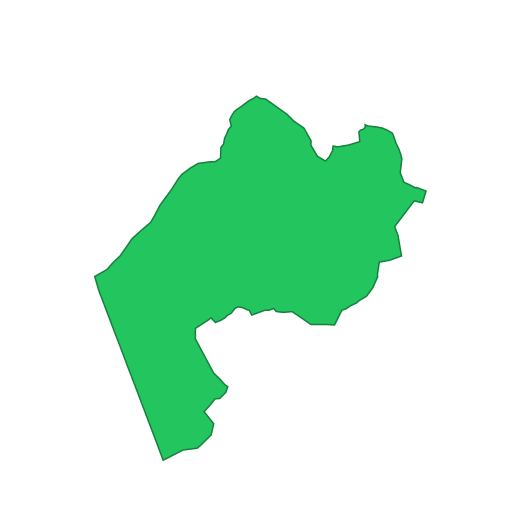 Mashi, Katsina, Nigeria, rotated 241°
{"feature_id": "59680162B19433829654146", "entity_name": "Mashi", "entity_type": "district", "adm_level": 2, "iso_a3": "NGA", "parent_name": "Nigeria", "parent_adm1": "Katsina", "projection": "albers", "projection_center": [7.993, 13.133], "detail": "fine", "context": "isolated", "style": "filled", "palette": "green", "viewbox_px": 512, "rotation_deg": 241, "n_neighbors": 0, "source": "geoboundaries", "source_scale": "gbopen_adm2", "svg_char_len": 1981}
<svg xmlns="http://www.w3.org/2000/svg" viewBox="0 0 512 512"><g transform="rotate(241 256 256)"><path d="M157.6,291.3L160.9,296.1L167.0,304.9L166.1,309.3L166.7,314.0L166.2,321.0L167.0,324.9L167.2,333.1L171.5,342.6L178.8,352.3L181.1,353.3L190.9,360.9L187.5,370.6L185.5,383.3L205.3,390.2L213.4,391.3L214.8,392.2L227.5,421.1L221.8,427.4L230.4,436.2L238.0,429.7L238.4,428.4L244.0,424.7L248.7,421.1L258.9,422.5L270.2,430.6L274.0,431.7L280.2,432.8L287.1,433.2L293.0,434.3L297.4,434.8L302.6,431.7L306.9,428.3L310.9,423.4L315.5,416.8L317.9,415.1L316.0,414.3L314.8,411.9L315.4,408.3L314.7,406.2L309.7,404.0L305.7,402.2L308.2,390.7L311.5,381.4L312.4,379.7L314.8,376.8L311.0,373.9L307.2,368.2L305.4,362.8L313.4,358.1L320.0,357.9L326.3,357.7L330.0,360.0L344.8,359.9L355.8,354.4L364.7,351.9L388.5,340.6L391.8,336.1L395.6,333.8L395.0,330.4L395.3,326.0L394.5,319.6L393.8,314.5L393.5,311.0L392.9,307.2L390.6,302.9L388.0,299.1L381.7,297.5L379.9,293.0L377.1,289.7L374.2,285.6L369.6,281.9L368.0,277.9L364.9,276.1L358.7,272.3L358.3,266.0L361.0,260.7L365.0,250.4L364.8,241.4L363.3,230.6L361.2,225.5L355.3,214.7L346.9,196.5L340.9,187.5L336.5,180.2L336.0,177.6L334.0,168.0L331.2,155.9L328.1,149.8L322.0,137.3L319.5,127.6L316.4,119.1L316.3,110.4L316.3,105.0L309.2,103.4L303.1,102.0L299.1,101.3L294.4,100.7L272.9,97.6L260.1,95.7L249.7,94.3L234.4,92.1L223.9,90.5L210.0,88.6L207.2,88.1L205.3,87.9L179.6,84.2L159.9,81.3L144.5,79.1L122.4,75.8L122.1,84.4L121.7,98.1L116.4,111.4L117.4,116.4L121.3,130.1L129.8,137.7L145.0,135.1L148.0,144.0L150.9,151.0L149.0,155.1L151.4,163.6L155.5,168.0L158.4,166.4L165.6,164.8L174.1,162.2L212.8,162.8L222.1,167.9L223.2,183.7L223.7,186.6L217.5,188.3L217.3,190.5L216.8,193.5L217.0,199.1L217.9,201.7L218.0,206.7L220.3,212.1L220.3,215.4L217.6,219.0L213.2,222.3L211.7,223.8L206.4,223.6L204.3,237.2L202.1,241.6L201.5,246.1L197.7,246.7L194.2,251.5L193.0,253.6L189.9,260.5L185.5,262.9L169.5,270.8L161.4,285.3L157.6,291.3Z" fill="#22c55e" stroke="#15803d" stroke-width="1.5"/></g></svg>